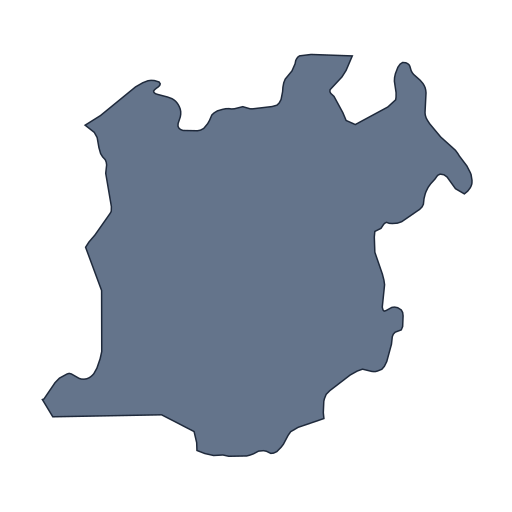 outline of Yaracuy, rotated 178°
{"feature_id": "VEN-36", "entity_name": "Yaracuy", "entity_type": "State", "adm_level": 1, "iso_a3": "VEN", "parent_name": "Venezuela", "parent_adm1": "", "projection": "orthographic", "projection_center": [-68.813, 10.294], "detail": "fine", "context": "isolated", "style": "filled", "palette": "slate", "viewbox_px": 512, "rotation_deg": 178, "n_neighbors": 0, "source": "natural_earth", "source_scale": "10m", "svg_char_len": 2945}
<svg xmlns="http://www.w3.org/2000/svg" viewBox="0 0 512 512"><g transform="rotate(178 256 256)"><path d="M464.7,102.4L474.5,120.0L472.9,120.5L461.2,136.5L456.7,140.8L448.9,144.7L446.8,145.2L444.7,144.6L437.1,139.9L434.8,139.1L432.2,138.9L429.5,139.2L427.3,140.0L425.4,141.1L423.7,142.5L422.2,144.0L418.9,149.5L415.4,158.6L413.5,165.9L411.5,226.9L426.0,270.7L422.4,275.9L416.3,282.5L400.2,303.8L399.1,305.7L398.8,310.4L403.3,343.9L402.1,352.2L402.4,355.0L403.3,357.5L405.8,360.4L407.7,363.7L409.2,369.8L410.6,379.9L413.3,385.2L422.2,392.7L406.5,401.8L370.5,429.2L363.1,433.1L357.9,434.9L354.8,435.2L351.4,434.9L346.8,433.3L345.7,431.4L346.3,429.8L347.9,428.3L349.8,427.1L351.4,425.8L352.6,424.5L352.3,423.0L350.8,421.7L348.6,420.9L338.9,418.0L334.5,416.2L332.6,414.9L331.0,413.5L329.6,411.8L328.4,409.9L327.4,407.8L326.6,405.5L326.2,403.0L326.3,400.2L326.8,397.7L329.2,391.2L329.4,389.3L329.4,388.3L329.0,387.4L328.3,386.1L326.7,384.9L324.6,384.0L310.2,383.2L307.1,383.7L303.8,385.3L299.7,389.9L297.7,393.2L295.2,398.5L293.0,400.4L289.5,402.4L284.4,403.7L280.8,404.3L277.6,404.2L275.4,403.8L272.4,403.9L264.0,405.7L256.7,403.3L254.2,403.2L234.7,404.8L229.8,406.0L227.5,408.1L225.5,411.5L223.7,419.2L223.2,423.8L222.2,428.2L220.6,431.8L213.6,439.7L210.2,446.8L209.5,449.9L208.7,451.4L207.4,453.2L205.5,454.5L193.9,455.5L152.8,452.6L159.5,438.3L163.9,431.9L176.2,419.6L176.4,417.6L175.6,415.9L172.5,412.8L164.2,396.2L161.2,388.3L152.2,383.9L119.1,400.3L111.0,407.2L110.5,409.8L110.3,414.3L111.6,425.9L111.3,429.4L110.3,433.4L107.6,439.7L105.3,442.7L102.7,444.3L99.5,443.9L97.5,442.8L96.2,441.5L95.6,440.2L94.5,435.9L93.5,433.8L92.2,432.0L85.8,425.9L83.1,422.5L82.0,420.5L81.1,418.3L80.6,415.9L80.4,413.1L82.1,393.3L81.9,390.9L81.2,388.2L80.1,385.9L77.9,382.2L67.2,368.4L53.0,354.7L50.5,351.0L49.4,349.0L42.1,338.6L38.9,331.8L38.2,329.8L37.5,324.1L37.6,322.0L37.8,320.5L38.5,318.6L39.5,316.7L42.2,313.4L45.6,310.8L54.3,316.3L62.3,328.3L65.3,330.6L69.0,331.4L71.1,330.6L72.4,329.4L74.4,326.7L78.9,322.1L81.6,318.6L83.8,314.5L84.7,312.3L86.1,307.4L86.9,301.9L88.3,299.3L90.7,297.0L109.2,285.2L113.5,283.9L118.6,283.7L121.7,284.0L124.4,285.1L126.3,284.2L127.4,283.1L130.1,279.3L136.4,276.4L137.1,270.8L137.1,255.6L130.3,233.4L129.0,227.4L128.5,222.8L131.6,200.5L131.0,197.7L129.8,196.4L128.0,196.9L122.0,199.9L119.3,200.1L116.2,199.4L112.7,197.0L111.4,194.4L111.1,191.0L111.9,180.4L113.4,177.1L119.6,175.0L121.5,173.1L122.6,170.6L123.7,163.1L129.0,146.0L131.6,141.2L134.2,138.4L138.6,136.8L140.8,136.3L142.7,136.4L144.3,136.6L153.5,139.2L158.8,137.5L166.0,133.8L186.9,118.9L190.7,115.3L192.6,111.0L193.3,108.5L194.2,97.1L193.8,91.2L219.9,83.3L227.5,79.2L230.2,75.6L235.2,66.9L237.5,64.1L242.0,59.8L245.3,58.4L248.1,58.2L252.4,60.5L255.3,61.2L260.3,60.9L265.4,58.4L269.1,57.2L272.3,56.5L290.2,56.8L296.0,58.3L305.3,58.1L314.1,60.4L321.8,63.7L321.8,71.5L324.0,82.7L355.9,100.6L464.7,102.4Z" fill="#64748b" stroke="#1e293b" stroke-width="1.5"/></g></svg>